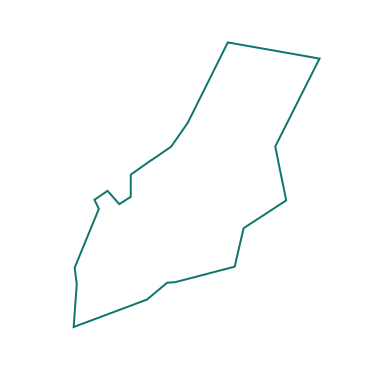 Henganofi District, Eastern Highlands, Papua New Guinea, rotated 10°
{"feature_id": "67681753B63993411977108", "entity_name": "Henganofi District", "entity_type": "district", "adm_level": 2, "iso_a3": "PNG", "parent_name": "Papua New Guinea", "parent_adm1": "Eastern Highlands", "projection": "natural_earth1", "projection_center": [145.631, -6.207], "detail": "fine", "context": "isolated", "style": "outline", "palette": "teal", "viewbox_px": 384, "rotation_deg": 10, "n_neighbors": 0, "source": "geoboundaries", "source_scale": "gbopen_adm2", "svg_char_len": 471}
<svg xmlns="http://www.w3.org/2000/svg" viewBox="0 0 384 384"><g transform="rotate(10 192 192)"><path d="M166.4,305.7L183.2,285.7L191.1,283.7L247.0,258.1L249.1,218.7L271.4,197.8L286.2,183.9L280.5,169.3L275.2,156.0L266.1,132.7L294.4,38.5L201.3,38.5L175.8,124.6L163.6,150.9L146.9,167.4L146.7,167.4L128.7,185.5L132.5,207.4L122.5,216.6L108.6,205.5L97.3,216.6L103.2,224.8L89.6,286.9L94.5,302.8L98.9,345.5L166.4,305.7Z" fill="none" stroke="#0f766e" stroke-width="2"/></g></svg>